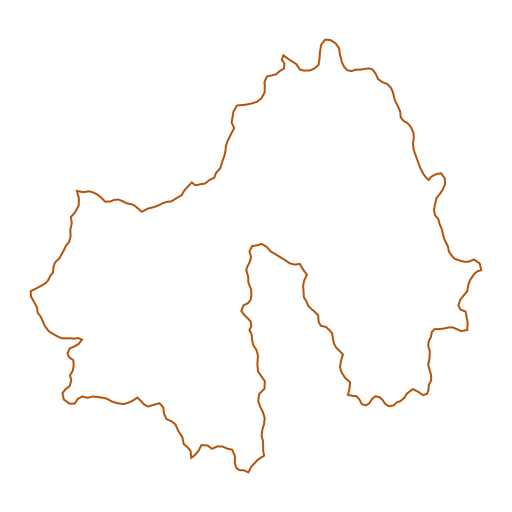 Santa Maria de Itabira, Minas Gerais, Brazil
{"feature_id": "56859067B20369647049217", "entity_name": "Santa Maria de Itabira", "entity_type": "district", "adm_level": 2, "iso_a3": "BRA", "parent_name": "Brazil", "parent_adm1": "Minas Gerais", "projection": "natural_earth1", "projection_center": [-43.042, -19.431], "detail": "fine", "context": "isolated", "style": "outline", "palette": "amber", "viewbox_px": 512, "rotation_deg": 0, "n_neighbors": 0, "source": "geoboundaries", "source_scale": "gbopen_adm2", "svg_char_len": 4496}
<svg xmlns="http://www.w3.org/2000/svg" viewBox="0 0 512 512"><path d="M474.0,259.5L468.5,261.7L464.6,261.8L460.5,260.8L454.6,258.8L451.2,254.9L448.8,251.3L447.9,246.3L445.9,242.5L444.1,238.5L442.8,233.5L441.5,228.4L439.6,224.0L438.2,218.8L435.1,215.4L434.0,210.2L434.9,204.8L436.5,198.0L440.2,193.4L442.5,190.0L445.1,184.2L444.7,178.1L441.0,173.2L436.1,174.2L431.6,176.5L428.6,179.9L425.7,177.2L423.1,173.5L420.3,168.1L417.7,161.1L415.7,155.5L413.8,150.2L412.9,143.5L413.8,138.5L413.4,132.3L410.5,126.5L407.4,123.0L403.6,120.9L400.7,117.4L400.3,111.9L397.6,105.5L394.8,100.2L393.8,95.8L392.7,91.6L390.7,87.6L387.3,84.0L382.4,82.2L378.1,79.1L375.8,73.9L372.6,69.5L368.9,68.4L365.1,68.8L360.8,69.6L355.5,69.7L351.7,71.1L347.3,70.2L344.1,66.9L341.9,62.0L340.0,54.6L339.0,48.1L335.5,43.2L330.3,40.0L325.0,39.7L321.1,44.9L319.9,52.8L319.5,59.2L318.5,65.0L314.2,68.6L309.7,70.5L303.8,70.6L300.0,69.6L296.3,64.1L291.6,61.1L287.3,58.3L283.4,55.3L281.8,59.9L284.5,63.5L283.9,68.6L279.6,71.1L275.9,74.4L271.5,75.5L267.0,76.4L264.5,81.8L264.8,87.1L264.6,92.5L261.3,98.4L257.0,101.8L250.9,103.7L244.8,104.8L237.0,105.5L233.4,111.8L232.6,116.7L231.6,122.7L234.2,128.1L232.2,131.8L229.7,136.7L227.2,141.8L225.9,146.2L225.5,150.8L224.4,155.8L222.0,162.3L220.3,168.1L216.1,172.8L214.3,177.7L209.4,180.0L204.9,183.6L199.7,184.4L195.4,185.3L191.8,182.5L188.4,186.0L184.4,190.4L181.7,195.1L176.8,198.0L171.3,201.4L166.6,201.9L162.8,203.2L158.7,205.3L153.6,207.2L148.3,208.4L141.8,211.8L137.9,208.4L134.9,205.8L131.3,204.1L127.2,203.5L122.8,201.3L118.4,199.5L114.1,199.9L110.0,201.6L105.1,201.6L101.2,197.6L97.6,194.6L92.9,192.3L89.1,191.3L83.2,192.2L76.9,190.9L78.9,198.3L78.7,205.6L75.0,212.5L70.8,217.0L71.8,223.1L70.3,229.9L70.6,236.3L69.2,241.8L65.8,246.0L64.0,250.0L62.0,253.5L59.3,258.4L54.9,262.6L53.5,267.0L53.0,272.5L50.2,276.1L48.1,280.4L45.3,283.4L41.6,285.6L35.9,288.6L30.7,291.1L31.0,296.5L34.1,302.1L37.1,307.7L37.7,312.9L40.6,316.5L42.5,320.6L44.7,325.8L48.9,331.3L53.2,334.0L57.5,336.4L61.8,338.3L66.2,338.3L70.3,338.3L74.2,338.6L78.3,338.1L82.0,339.7L78.5,344.1L74.2,346.5L69.7,348.4L67.5,353.6L69.3,357.4L73.4,360.3L73.6,366.2L72.6,371.1L70.0,375.3L71.3,380.2L69.7,386.1L65.2,389.5L62.5,393.2L63.8,399.5L69.5,403.7L74.5,403.7L77.8,398.9L82.1,396.5L87.8,397.7L92.9,396.5L97.8,397.0L101.6,397.6L106.6,398.6L111.8,401.4L117.3,403.2L123.3,404.1L128.2,402.8L133.0,400.5L137.3,397.6L140.9,400.9L144.4,404.8L148.3,406.5L153.7,404.8L159.6,403.2L163.3,407.6L164.0,413.7L166.6,419.2L171.1,421.0L175.4,424.4L178.4,431.1L182.3,437.0L183.7,444.0L187.2,447.0L190.6,450.9L191.2,457.8L194.7,455.3L198.6,450.7L201.4,445.1L207.7,445.5L212.0,448.8L217.5,446.4L222.4,446.5L226.9,448.5L232.2,449.7L235.0,456.2L234.8,463.3L236.5,468.1L239.7,470.2L243.8,470.3L248.4,472.3L251.4,466.5L254.3,463.5L257.3,460.2L260.6,457.8L264.1,455.8L263.2,451.0L263.2,445.1L262.9,440.7L261.6,435.7L262.3,429.9L264.1,423.7L264.7,418.1L262.9,412.1L260.3,407.0L258.2,401.1L259.2,394.0L264.5,388.6L264.8,381.1L261.5,376.5L258.0,371.3L257.4,364.6L257.6,360.3L258.0,355.8L256.4,350.0L253.0,344.7L252.1,339.5L251.7,334.6L249.4,330.0L251.3,326.0L250.7,321.6L247.9,318.4L244.4,315.1L241.3,310.9L243.5,305.3L248.0,303.2L250.5,300.0L251.4,295.7L251.1,289.3L248.4,282.6L248.1,276.2L246.2,270.0L247.6,266.2L249.8,261.8L251.1,257.2L249.5,251.3L252.1,246.1L257.4,245.3L261.5,243.9L266.5,246.7L270.6,251.4L275.1,254.0L279.5,256.7L284.7,259.9L290.0,263.5L294.9,264.6L299.7,263.9L303.4,270.0L307.0,274.8L304.2,280.4L303.1,285.8L303.6,291.7L303.8,297.2L306.4,301.3L308.3,305.8L310.9,308.6L314.5,311.6L318.1,315.1L318.7,322.1L320.9,325.8L325.8,326.9L329.5,330.2L332.1,333.2L332.8,338.0L334.0,343.7L336.4,347.9L339.2,350.6L342.9,354.4L340.9,361.3L340.0,367.2L341.7,372.6L345.2,377.9L350.1,382.3L349.5,388.2L348.0,394.9L352.3,395.8L356.4,396.2L359.4,399.5L361.9,404.2L366.1,405.3L369.4,403.2L372.1,399.0L375.3,396.2L379.6,397.2L382.8,400.2L385.1,403.9L389.0,406.3L393.8,405.4L396.6,402.5L400.5,401.1L404.0,398.1L407.0,393.5L412.8,389.1L418.7,392.1L423.0,395.1L427.0,393.9L428.6,389.8L428.8,384.8L431.2,380.2L431.1,375.3L429.9,370.9L428.2,365.1L429.6,357.6L429.8,350.9L428.2,345.8L428.8,340.9L430.9,337.0L431.9,331.8L434.7,329.1L438.5,329.1L443.7,328.6L449.0,327.4L452.8,327.4L456.5,329.0L461.0,331.1L467.2,330.0L467.7,323.0L466.6,317.1L465.6,311.6L460.4,309.5L458.3,305.3L460.4,299.5L463.8,295.3L467.3,291.1L468.3,285.0L470.0,280.2L472.2,276.9L474.6,273.4L477.7,271.2L481.3,270.2L479.7,263.5L474.0,259.5Z" fill="none" stroke="#b45309" stroke-width="2"/></svg>